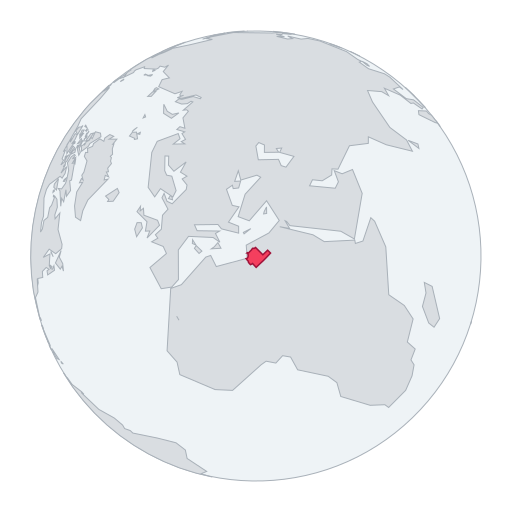 the Earth from above Ajdabiya, rotated 316°
{"feature_id": "LBY-2983", "entity_name": "Ajdabiya", "entity_type": "Municipality", "adm_level": 1, "iso_a3": "LBY", "parent_name": "Libya", "parent_adm1": "", "projection": "orthographic", "projection_center": [21.402, 29.135], "detail": "coarse", "context": "on_globe", "style": "filled", "palette": "rose", "viewbox_px": 512, "rotation_deg": 316, "n_neighbors": 0, "source": "natural_earth", "source_scale": "10m", "svg_char_len": 10502}
<svg xmlns="http://www.w3.org/2000/svg" viewBox="0 0 512 512"><g transform="rotate(316 256 256)"><circle cx="256" cy="256" r="225" fill="#eef3f6" stroke="#a8b0b8"/><path d="M217.9,34.0L234.2,31.8L236.2,31.6L241.3,31.2L241.0,31.2L242.7,31.1L269.0,31.1L259.8,31.0L259.6,31.3L266.8,31.5L271.3,32.1L260.9,31.7L267.8,33.1L253.5,34.5L225.5,35.8L217.8,38.9L189.9,47.1L192.8,47.3L184.0,51.4L184.1,53.4L178.9,54.9L183.4,55.3L188.2,53.5L191.8,53.2L192.2,54.4L185.7,56.4L184.5,56.1L182.8,57.3L179.3,57.9L181.3,58.3L173.3,60.9L181.9,60.2L176.0,64.0L170.6,65.3L170.4,62.6L157.2,61.0L151.6,62.5L143.9,66.9L130.9,79.7L125.0,82.9L117.6,89.1L121.1,88.2L128.2,83.1L133.0,83.5L141.1,77.9L144.2,77.5L152.8,73.3L152.2,76.9L147.0,82.9L139.8,86.7L137.3,89.7L144.8,88.8L132.0,99.4L124.6,112.9L121.3,115.7L113.5,115.2L112.0,107.4L102.0,109.2L109.2,111.4L100.6,119.3L99.5,122.3L100.4,124.1L103.9,122.6L101.1,126.3L93.0,124.9L95.4,121.5L97.9,121.8L97.1,118.5L91.6,118.7L87.7,123.3L83.4,120.6L80.6,124.1L78.1,125.8L82.9,120.3L74.1,130.5L68.5,132.7L56.5,151.9L67.5,133.0L71.0,127.5L72.1,125.8L81.9,113.0L92.5,101.0L104.0,89.7L116.2,79.3L129.2,69.8L142.8,61.2L157.0,53.7L171.6,47.1L186.7,41.6L202.2,37.2L217.9,34.0ZM36.3,206.4L36.3,207.7L33.9,219.1L35.8,212.0L34.5,220.7L36.2,232.0L35.4,233.7L36.4,257.2L41.5,274.1L42.6,285.0L41.6,288.9L44.3,294.3L44.4,297.8L58.5,318.3L68.7,334.8L70.4,346.5L65.8,353.8L70.9,376.7L65.1,374.4L69.9,382.9L71.0,384.6L61.9,370.3L53.8,355.4L46.9,339.8L41.2,323.8L36.7,307.5L33.4,290.8L31.4,273.9L30.7,256.9L31.3,240.0L33.1,223.1L36.3,206.4ZM53.9,156.4L53.3,157.8L45.7,177.8L46.8,172.7L47.2,172.2L49.8,165.6L53.6,157.2L53.7,156.9L53.9,156.4ZM57.1,152.2L58.2,149.7L57.6,151.4L57.1,152.2ZM152.5,71.7L152.6,72.5L151.0,72.9L152.5,71.7ZM156.1,69.3L154.1,69.2L155.6,68.1L156.8,68.2L156.1,69.3ZM275.4,31.8L278.6,32.3L273.7,31.7L275.4,31.8ZM158.3,69.9L158.3,66.1L160.9,64.2L167.6,63.2L158.3,69.9ZM279.4,32.6L287.3,34.4L290.8,34.5L285.5,35.7L280.5,33.4L274.0,32.5L278.5,32.8L279.4,32.6ZM189.5,52.5L184.5,54.4L188.2,51.8L189.5,52.5ZM191.0,51.0L197.4,44.6L205.1,42.9L201.4,45.1L211.0,42.4L211.6,44.6L206.4,46.6L201.3,47.2L205.4,47.7L191.0,51.0ZM281.3,36.3L281.9,37.0L279.5,36.3L281.3,36.3ZM193.5,53.0L194.1,51.6L200.8,49.9L200.8,52.3L198.6,52.1L193.5,53.0ZM213.2,40.8L218.2,40.3L220.0,41.8L222.2,41.9L212.2,44.6L213.2,40.8ZM197.3,53.1L200.6,53.6L197.9,55.6L193.3,54.2L197.3,53.1ZM202.5,48.6L205.7,48.0L203.9,49.1L202.5,48.6ZM190.1,63.7L190.7,61.7L194.2,60.6L190.1,63.7ZM202.0,53.7L202.9,53.1L204.4,52.5L205.9,53.3L202.0,53.7ZM214.2,45.6L213.9,46.6L218.4,44.6L219.9,46.0L213.0,47.7L216.7,47.5L217.1,48.0L211.0,48.9L214.2,45.6ZM211.9,52.6L203.6,55.8L201.7,59.4L198.5,60.4L202.1,54.5L211.9,52.6ZM211.9,50.3L211.1,51.9L207.5,52.1L205.8,51.2L211.9,50.3ZM223.5,46.5L222.9,43.8L224.4,43.6L223.5,46.5ZM212.0,53.6L214.0,52.8L212.3,53.8L212.0,53.6ZM220.8,48.5L220.4,47.5L222.1,47.3L220.8,48.5ZM218.4,52.3L215.7,53.2L214.4,52.5L218.4,52.3ZM220.0,50.5L222.6,50.4L215.6,51.7L219.6,50.1L220.0,50.5ZM222.5,48.4L223.4,47.9L222.4,48.9L222.5,48.4ZM224.7,54.8L216.2,56.6L213.4,54.9L222.0,53.3L224.7,54.8ZM353.9,53.1L344.0,49.3L318.4,41.0L329.1,44.1L327.4,44.1L331.7,45.9L339.2,48.5L339.6,48.3L355.6,58.4L375.1,69.9L371.8,65.8L375.5,66.9L394.9,79.5L422.4,106.7L427.5,110.9L431.6,115.6L435.5,121.3L429.6,114.5L428.5,114.7L424.6,110.4L428.8,118.1L423.4,112.3L429.4,121.8L433.3,125.0L431.6,119.8L439.1,131.3L444.5,135.6L451.3,145.7L463.1,171.9L465.7,185.3L467.2,189.3L465.0,188.3L467.0,199.4L475.0,214.2L476.5,220.3L477.4,238.4L476.6,234.0L470.9,231.3L473.4,247.2L477.8,253.1L479.5,265.3L477.6,265.6L475.5,255.2L473.4,253.9L471.5,240.5L464.9,224.5L462.8,232.8L460.6,225.1L451.2,214.4L446.8,226.1L441.6,256.5L444.9,277.1L441.3,289.3L427.0,266.5L419.6,248.3L415.0,253.0L399.8,241.6L375.3,250.5L371.2,246.1L366.7,250.3L355.9,247.9L349.6,240.4L343.3,242.7L360.1,262.3L366.8,259.9L371.6,249.0L375.1,256.7L385.5,260.8L375.9,284.7L338.6,312.1L334.2,297.1L301.5,257.7L302.0,252.5L301.8,251.9L301.4,250.9L299.3,259.5L293.4,251.4L311.7,280.3L315.1,293.1L338.1,313.2L336.2,316.0L343.3,319.5L365.2,308.2L365.5,313.4L355.7,339.6L324.6,376.1L328.3,394.6L325.3,410.4L305.1,423.0L305.9,433.5L295.3,438.4L294.1,444.1L285.0,450.6L270.3,456.6L246.2,457.1L245.4,452.5L234.4,442.7L219.4,416.0L226.2,403.3L224.4,392.7L206.9,366.8L210.7,352.7L205.9,346.2L195.9,346.8L190.2,338.7L184.2,337.8L145.8,336.4L133.8,323.7L118.8,288.4L125.5,277.5L126.2,262.4L172.1,220.1L182.4,224.8L219.1,221.9L223.8,224.1L220.1,236.0L248.1,251.5L256.5,241.4L281.3,248.4L297.4,246.6L302.0,223.6L275.6,226.0L270.5,215.3L291.1,204.0L314.1,202.6L312.8,198.5L297.8,190.8L302.5,182.4L292.5,187.5L297.0,191.4L290.8,195.0L286.4,191.7L288.2,188.7L281.1,187.5L274.1,203.1L277.9,208.8L259.7,212.5L264.2,222.5L259.4,227.5L250.0,212.5L250.5,206.9L233.4,190.8L231.2,196.9L247.2,212.8L242.5,211.6L239.6,221.0L238.0,212.9L221.1,195.0L204.3,197.7L183.8,219.1L173.8,219.8L165.1,213.7L171.7,190.6L193.3,192.0L195.9,184.7L190.8,173.3L197.8,175.0L198.4,170.8L206.5,171.0L217.1,161.7L225.2,161.2L228.8,148.8L233.4,147.1L230.0,154.8L232.0,160.2L252.0,159.7L255.7,157.0L256.4,149.3L261.8,150.6L259.9,143.2L271.1,139.8L255.8,138.0L256.2,129.8L262.6,123.5L260.0,120.8L249.6,131.2L247.9,135.8L250.9,140.1L243.9,153.5L237.2,155.8L234.1,141.2L224.2,143.1L226.1,131.7L253.0,109.1L264.6,104.9L285.1,113.9L282.8,118.9L274.2,118.0L282.7,125.9L281.7,121.8L286.3,123.2L287.8,116.5L291.0,117.2L286.9,110.0L291.1,110.1L293.6,114.7L299.4,105.9L307.9,104.9L307.7,102.7L305.0,100.6L317.6,101.3L316.8,99.6L312.4,98.7L308.0,95.0L305.2,89.0L309.8,89.5L311.4,91.8L321.6,97.7L325.2,104.2L326.7,103.9L324.7,98.5L312.3,91.1L309.3,87.4L315.6,90.1L313.1,88.8L313.0,87.2L317.2,86.2L310.4,83.0L303.6,66.6L311.0,63.9L317.4,67.7L317.4,58.9L325.7,57.9L321.6,56.9L318.9,52.8L316.2,53.0L314.1,52.3L305.8,43.5L307.3,42.5L299.2,38.8L297.1,38.5L295.4,39.0L285.5,35.7L290.8,34.5L295.3,35.3L295.5,34.6L305.8,36.7L314.3,38.6L325.4,42.3L331.2,44.1L330.6,43.7L338.1,46.2L345.4,49.2L353.9,53.1ZM157.1,244.2L156.0,248.7L157.1,244.2ZM339.3,212.9L352.5,210.7L345.0,197.9L349.5,196.2L345.3,192.8L344.4,197.1L334.0,187.3L339.2,182.0L336.8,176.3L332.3,176.8L324.5,188.4L339.3,202.1L336.9,208.5L339.3,212.9ZM36.3,232.2L36.2,235.9L35.7,234.0L36.3,232.2ZM45.3,176.3L44.5,178.9L43.5,181.8L43.8,180.5L45.3,176.3ZM42.5,196.2L42.3,199.9L41.7,197.9L42.5,196.2ZM44.9,180.7L42.5,193.7L41.5,191.4L43.3,183.4L43.0,186.2L44.9,180.7ZM54.1,157.2L53.2,159.4L52.4,160.9L54.1,157.2ZM56.7,153.6L56.8,153.2L57.9,150.9L56.7,153.6ZM101.1,119.4L101.6,119.6L101.8,122.1L100.2,122.1L101.1,119.4ZM111.7,127.2L107.0,133.1L109.3,128.6L106.1,129.5L106.9,121.7L119.6,116.7L113.7,120.2L111.7,127.2ZM111.5,110.8L109.6,115.7L111.2,110.6L111.5,110.8ZM193.6,149.4L196.6,152.3L193.8,156.9L183.5,159.2L187.4,152.4L193.6,149.4ZM201.4,155.6L201.2,141.4L207.5,140.0L204.0,143.1L208.2,143.5L203.7,148.8L210.0,161.9L207.9,166.9L190.1,167.4L197.0,164.2L193.7,161.3L201.4,155.6ZM189.4,113.1L189.4,108.4L203.2,111.1L201.6,115.3L191.3,117.4L187.1,113.7L189.4,113.1ZM170.2,69.4L169.3,68.5L171.1,67.8L173.3,68.0L170.2,69.4ZM190.1,62.9L176.0,73.2L174.2,72.5L168.1,80.1L161.1,81.4L165.3,76.3L155.3,83.4L156.3,79.4L150.1,84.6L160.2,73.0L160.7,70.1L162.8,72.7L169.2,71.5L172.1,70.1L180.8,64.2L185.1,58.0L192.1,56.3L195.9,56.8L196.0,58.0L191.4,58.6L194.8,59.8L188.2,61.7L190.1,62.9ZM236.8,71.1L231.5,69.9L237.1,75.3L230.6,76.1L231.6,76.7L227.1,79.1L223.5,83.2L220.4,83.1L220.3,84.8L217.3,86.7L216.2,89.1L210.3,89.8L208.4,92.9L206.7,91.6L205.0,96.8L203.6,93.3L199.6,95.8L203.0,97.9L174.0,98.9L162.9,103.1L154.4,108.7L153.1,102.7L160.3,93.9L171.5,85.4L182.4,82.6L179.8,80.7L184.3,79.0L184.4,81.2L186.8,76.9L190.5,76.1L200.5,70.2L201.7,65.1L205.4,63.1L206.8,64.7L209.5,61.6L214.6,63.6L217.3,62.3L225.1,63.3L226.2,67.8L229.2,66.1L235.2,67.1L236.8,71.1ZM226.8,55.1L229.5,59.6L227.3,62.5L214.7,59.7L211.5,60.6L203.3,59.5L206.8,55.5L208.8,56.1L211.5,55.9L209.4,57.2L213.2,55.9L216.1,56.9L219.8,56.2L219.7,57.8L226.8,55.1ZM228.8,219.8L232.3,220.4L237.9,219.9L236.2,226.1L228.8,219.8ZM217.0,207.7L220.2,207.0L220.5,214.9L216.8,214.6L217.0,207.7ZM221.7,200.2L220.4,206.4L218.9,202.8L221.7,200.2ZM232.9,153.9L236.3,153.1L236.7,154.9L235.0,157.6L232.9,153.9ZM252.2,89.4L249.5,87.7L250.4,86.9L248.3,81.8L253.0,81.1L256.1,83.9L252.2,89.4ZM297.7,228.0L293.2,232.8L290.7,231.0L292.8,229.7L297.7,228.0ZM263.3,230.2L271.3,232.7L262.8,231.8L263.3,230.2ZM256.9,87.8L255.5,85.7L258.7,86.7L256.9,87.8ZM256.3,80.4L260.1,81.0L253.3,80.4L256.3,80.4ZM365.8,452.6L365.7,452.7L363.0,454.2L365.8,452.6ZM361.6,400.2L344.6,428.6L334.6,430.9L333.7,424.2L340.7,407.9L352.6,400.7L358.7,391.9L361.6,400.2ZM478.8,289.4L478.4,290.9L479.1,286.4L479.6,283.6L478.8,289.4ZM479.0,286.7L477.6,284.6L471.4,267.5L473.8,264.3L479.3,270.1L479.1,273.6L480.0,276.6L479.0,286.7ZM481.0,267.0L481.1,259.3L481.0,252.4L481.2,250.1L480.6,238.3L481.0,267.0ZM445.8,278.5L450.3,287.9L447.9,291.8L445.8,278.5ZM469.4,194.9L469.4,198.5L468.3,195.8L467.6,189.6L469.4,194.9ZM456.5,154.5L460.7,162.6L462.1,165.9L460.1,162.1L456.5,154.5ZM295.1,82.8L292.7,90.2L294.2,96.0L299.9,99.5L290.8,98.2L288.6,89.2L295.1,82.8ZM302.1,68.3L297.1,65.9L299.8,65.3L301.4,65.8L302.1,68.3ZM298.7,68.0L291.5,68.4L289.0,66.0L295.2,66.1L298.7,68.0ZM274.3,77.1L273.2,79.3L270.7,78.3L274.3,77.1ZM469.6,184.4L466.8,176.7L465.9,174.2L469.6,184.4ZM430.9,114.0L429.6,112.5L428.8,111.4L430.9,114.0ZM427.8,110.3L432.2,115.8L432.6,116.1L438.2,123.5L435.1,119.6L427.1,109.6L424.3,106.2L427.8,110.3ZM406.5,88.3L406.4,88.3L406.3,88.2L406.5,88.3ZM398.9,81.8L399.1,82.0L404.0,86.2L391.8,76.5L390.0,74.9L398.9,81.8ZM388.2,73.7L388.9,74.4L372.3,65.2L368.2,62.9L379.7,68.1L380.9,69.1L385.3,72.0L388.2,73.7ZM284.1,37.1L282.1,37.0L283.0,36.6L284.1,37.1ZM312.7,52.5L309.9,51.4L311.1,50.7L312.7,52.5ZM302.8,48.3L303.4,49.8L300.9,48.0L302.8,48.3ZM305.1,53.4L302.7,50.3L307.7,53.7L305.1,53.4Z" fill="#d9dde1" stroke="#a8b0b8" stroke-width="1"/><path d="M268.4,259.9L268.5,264.0L261.9,264.3L257.8,264.4L253.6,264.3L248.2,264.3L248.3,259.0L247.7,259.0L246.0,258.4L246.0,256.9L246.1,255.8L246.3,255.0L246.8,254.4L246.9,253.8L246.8,253.2L246.9,252.5L247.1,251.0L247.7,251.4L248.3,251.5L249.0,251.4L249.7,251.0L249.9,250.9L250.4,250.6L251.0,249.9L251.2,249.5L251.4,249.4L251.8,248.5L251.8,247.8L251.8,247.7L251.7,247.6L251.9,247.6L252.3,247.7L252.7,248.3L253.0,248.6L253.3,248.6L253.8,248.6L254.4,248.5L256.0,248.5L256.9,248.5L257.3,248.3L258.4,248.2L258.9,248.1L259.6,248.7L259.7,249.1L260.1,249.3L260.7,249.5L261.3,249.4L261.6,249.5L261.8,259.9L268.4,259.9Z" fill="#f43f5e" stroke="#9f1239" stroke-width="1.5"/></g></svg>